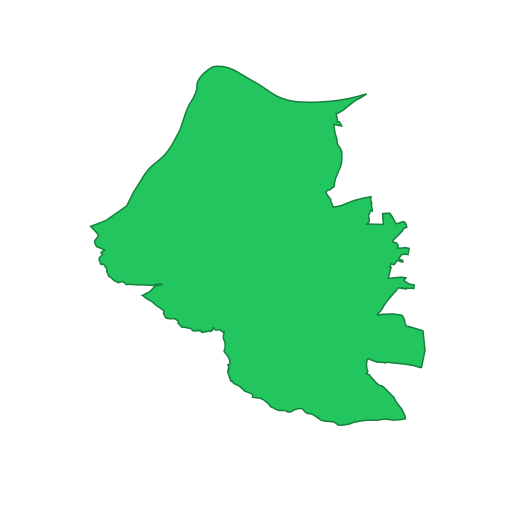 outline of Soledad, Atlántico, Colombia, rotated 256°
{"feature_id": "7082276B16795204487945", "entity_name": "Soledad", "entity_type": "district", "adm_level": 2, "iso_a3": "COL", "parent_name": "Colombia", "parent_adm1": "Atlántico", "projection": "equal_earth", "projection_center": [-74.779, 10.91], "detail": "fine", "context": "isolated", "style": "filled", "palette": "green", "viewbox_px": 512, "rotation_deg": 256, "n_neighbors": 0, "source": "geoboundaries", "source_scale": "gbopen_adm2", "svg_char_len": 6112}
<svg xmlns="http://www.w3.org/2000/svg" viewBox="0 0 512 512"><g transform="rotate(256 256 256)"><path d="M102.0,238.7L100.8,240.4L100.6,240.9L99.1,246.5L98.6,247.5L97.2,248.7L96.5,250.4L96.4,251.2L96.5,252.2L97.6,256.7L97.6,259.6L97.4,261.8L96.9,263.1L96.3,264.0L95.4,264.7L92.7,266.0L91.5,267.0L90.6,268.0L89.7,270.6L89.4,271.5L88.8,272.3L84.5,276.5L84.5,276.3L80.7,279.7L80.3,280.3L79.9,281.7L79.0,283.1L76.9,289.6L76.1,291.2L75.3,292.3L72.3,294.6L71.8,295.3L70.9,299.5L70.6,302.2L70.4,304.7L70.4,306.5L70.8,309.1L70.9,310.7L70.8,313.3L70.6,317.5L69.8,323.9L69.1,327.5L67.7,332.2L67.2,334.8L67.0,337.1L67.0,339.0L66.6,341.4L65.7,344.1L64.0,348.2L63.4,350.3L62.5,355.0L62.2,357.7L62.0,361.7L63.0,361.7L63.0,361.8L65.0,361.7L71.9,360.5L80.8,356.6L85.9,355.5L87.0,354.6L97.8,348.2L99.4,346.8L100.6,344.5L102.3,343.1L104.5,341.6L109.5,339.1L110.9,338.2L113.1,337.5L115.2,334.6L116.5,336.2L117.0,336.6L117.5,336.7L119.7,336.3L123.5,336.8L128.0,338.4L129.3,340.0L126.8,343.2L123.7,347.8L122.6,351.7L121.6,354.4L121.1,355.1L121.4,355.2L121.4,355.5L120.9,358.3L114.9,374.7L114.1,376.5L113.9,377.2L112.8,379.4L111.7,382.1L108.4,387.7L108.6,387.7L107.8,389.6L123.7,397.2L143.0,399.9L148.8,390.3L150.4,387.5L150.0,387.5L151.7,384.9L156.7,384.2L156.7,384.6L159.6,384.4L159.9,384.1L162.1,383.9L163.5,382.7L166.0,376.7L166.8,374.4L168.8,364.7L169.6,359.4L170.1,359.7L172.3,363.3L175.3,366.7L176.2,367.3L180.9,372.7L182.3,374.5L182.5,375.0L183.9,376.9L185.3,379.0L185.6,379.2L188.8,384.1L190.7,386.3L189.5,389.1L190.1,389.6L189.6,390.8L189.0,390.4L187.7,393.8L188.4,394.1L187.4,397.5L187.2,398.6L186.3,401.4L189.7,402.5L191.4,398.6L192.7,396.9L196.6,393.5L198.5,396.3L198.7,396.1L200.3,391.6L200.9,388.2L200.9,387.4L201.5,385.2L201.7,381.7L202.0,380.7L202.6,379.0L212.4,384.4L212.9,383.0L215.6,385.0L215.6,385.4L214.4,387.3L214.3,388.1L214.8,388.8L217.5,391.8L214.6,396.9L215.6,397.4L216.7,396.7L218.6,393.7L219.1,394.1L222.2,397.5L221.6,401.1L221.8,401.3L220.5,403.8L226.3,406.4L228.0,403.1L228.5,398.7L229.4,395.3L230.4,396.0L232.4,396.5L233.8,395.8L234.8,395.6L235.1,395.4L235.1,393.9L236.9,392.3L237.3,392.3L238.1,392.9L245.1,404.5L246.4,405.2L246.8,405.8L247.1,406.8L247.3,409.2L247.8,409.3L250.3,409.3L251.7,408.9L253.2,408.2L253.1,407.7L253.5,407.4L253.7,407.0L253.3,399.8L262.7,397.2L262.6,396.8L265.2,396.2L266.6,389.1L255.8,387.2L259.9,372.3L260.1,371.1L260.4,371.4L261.2,373.5L263.3,374.6L269.0,375.1L269.1,376.0L270.0,376.7L272.4,377.8L271.4,379.7L272.1,380.0L277.5,380.3L279.4,381.1L282.7,380.8L285.7,381.9L286.2,374.9L286.1,365.1L285.8,361.8L284.3,350.4L284.7,342.4L286.9,342.5L291.1,341.7L292.2,342.2L292.6,342.2L298.1,339.9L299.7,339.5L301.2,339.4L302.1,340.7L302.5,341.6L302.3,342.3L302.3,342.8L302.6,344.5L303.3,345.4L304.0,347.7L304.6,348.6L304.9,348.9L307.8,349.8L311.9,351.9L318.8,356.9L322.0,359.5L324.5,361.0L329.3,362.8L333.6,363.8L334.9,364.0L335.8,364.3L337.5,364.3L341.3,363.5L344.4,362.2L345.0,362.1L347.2,362.3L348.6,362.7L352.2,362.7L355.7,362.4L363.8,363.1L364.8,363.3L363.5,366.2L362.9,367.2L361.5,370.6L366.2,369.3L366.5,367.5L369.7,368.0L374.5,368.1L374.8,370.6L376.1,374.8L377.0,377.4L377.6,378.3L378.9,381.4L380.5,384.5L381.2,386.3L382.4,389.0L383.1,391.0L384.3,396.1L386.5,402.6L386.2,392.7L386.4,383.5L387.0,374.6L387.9,367.4L389.8,356.0L391.6,347.4L394.7,336.3L396.5,331.2L397.9,327.8L399.7,324.3L402.4,319.9L404.4,317.0L406.7,314.2L411.0,309.9L419.8,302.1L422.8,299.2L429.1,292.5L438.6,283.0L442.8,278.3L445.5,274.4L446.8,271.9L447.8,269.9L449.1,265.6L449.8,262.4L450.0,261.0L449.8,259.2L449.3,257.2L448.6,255.3L446.9,251.7L445.8,249.4L444.5,247.4L443.1,245.4L441.6,243.7L439.8,242.1L438.0,240.8L436.3,240.1L432.0,238.8L428.6,236.7L424.6,233.5L419.5,228.3L416.3,225.6L411.8,222.3L401.4,215.8L397.6,213.3L394.2,210.5L386.5,203.5L383.1,200.2L380.6,197.4L378.3,194.7L375.9,191.4L373.5,187.1L369.6,178.9L367.8,175.5L366.4,173.2L363.0,168.8L360.6,166.1L358.8,164.4L347.6,152.6L335.9,142.7L326.8,119.2L325.7,111.1L324.8,102.7L317.8,106.7L315.3,107.9L314.5,108.0L313.4,107.7L312.9,107.3L310.3,103.7L308.8,102.8L307.7,102.7L304.3,103.4L303.4,103.9L302.5,105.4L301.4,106.5L301.1,107.4L300.3,108.0L300.0,108.4L298.8,110.4L298.0,110.2L298.0,109.2L297.4,109.0L297.3,106.8L297.2,106.7L296.2,106.4L296.0,106.6L295.3,107.4L294.5,107.4L294.2,107.0L292.4,103.8L291.8,103.3L289.6,102.9L289.2,102.9L287.9,103.6L286.5,103.1L285.9,103.2L285.4,103.5L285.3,103.8L285.2,105.4L284.8,106.1L283.4,106.7L279.8,108.0L278.5,108.0L276.8,107.4L275.1,108.0L273.2,108.0L272.3,108.1L271.5,108.6L270.0,110.3L268.0,111.3L266.1,112.8L265.6,113.2L265.3,114.0L263.9,115.1L263.4,116.2L263.4,117.1L263.6,118.3L263.5,119.4L262.9,120.9L262.2,121.8L259.8,123.0L259.3,124.9L259.5,125.1L256.1,135.8L256.4,136.0L252.1,149.8L252.7,151.4L252.0,156.5L251.7,157.6L251.4,157.9L250.9,157.9L251.3,154.2L251.2,152.3L250.9,151.0L250.5,149.7L247.4,144.8L246.9,143.6L245.2,136.2L244.9,136.7L241.0,139.6L237.3,143.6L232.4,147.2L226.9,151.9L225.2,153.2L224.6,153.3L222.3,152.3L217.8,153.6L217.3,154.1L215.9,157.2L214.9,161.8L212.2,164.4L211.2,164.6L209.7,164.1L208.6,164.9L207.1,165.4L206.2,166.3L205.0,166.6L204.7,167.4L204.3,169.1L203.4,170.8L201.6,174.9L201.2,175.3L198.9,176.5L199.0,177.1L198.3,177.7L197.9,179.2L197.8,180.2L198.0,181.7L197.3,181.9L197.3,184.2L195.0,184.8L194.9,186.8L194.7,187.1L194.7,187.6L194.6,191.5L194.5,193.1L193.7,193.5L194.1,195.0L194.7,196.0L195.6,196.6L196.5,196.7L196.5,197.5L195.9,197.9L194.6,198.3L194.0,198.8L193.8,199.2L193.4,202.2L193.2,202.8L192.8,203.4L191.7,204.2L190.8,205.2L190.2,205.4L190.2,206.8L185.7,204.7L184.9,204.5L182.7,204.5L181.3,204.8L179.3,204.9L176.5,204.4L173.8,203.6L172.6,202.6L170.9,201.9L168.7,203.1L163.7,205.0L160.7,205.2L157.4,204.4L157.4,202.5L153.7,202.8L153.7,202.4L152.8,202.5L152.8,201.5L151.0,201.6L150.9,200.5L140.8,201.2L140.8,202.3L140.2,202.3L137.5,203.8L134.0,208.2L127.7,212.4L126.9,213.4L124.6,216.9L123.8,217.9L122.9,218.6L121.6,219.1L121.0,219.1L119.7,218.5L119.0,220.7L118.6,221.2L118.0,223.4L117.0,225.5L116.8,226.2L116.6,226.5L115.2,227.4L114.9,228.5L109.2,232.5L106.2,233.7L105.0,235.4L102.0,238.7Z" fill="#22c55e" stroke="#15803d" stroke-width="1.5"/></g></svg>